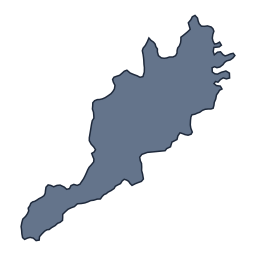 outline of Matozinhos, Minas Gerais, Brazil
{"feature_id": "56859067B16876835077796", "entity_name": "Matozinhos", "entity_type": "district", "adm_level": 2, "iso_a3": "BRA", "parent_name": "Brazil", "parent_adm1": "Minas Gerais", "projection": "albers", "projection_center": [-44.053, -19.531], "detail": "fine", "context": "isolated", "style": "filled", "palette": "slate", "viewbox_px": 256, "rotation_deg": 0, "n_neighbors": 0, "source": "geoboundaries", "source_scale": "gbopen_adm2", "svg_char_len": 3158}
<svg xmlns="http://www.w3.org/2000/svg" viewBox="0 0 256 256"><path d="M188.3,22.8L189.3,26.2L190.2,29.3L187.5,31.9L185.1,33.9L182.9,35.7L180.9,37.2L180.9,40.0L180.5,43.0L179.3,46.0L177.7,48.0L177.1,50.5L177.0,53.1L175.6,55.7L172.9,57.0L169.5,57.0L166.6,58.0L164.2,58.3L161.3,57.9L158.4,55.6L157.4,51.9L157.4,48.9L155.8,46.6L155.1,44.0L153.5,42.1L150.9,40.3L148.9,38.0L147.4,41.6L145.4,45.4L143.1,48.2L142.3,50.7L143.1,54.5L143.5,57.4L143.8,60.4L144.0,64.5L144.4,67.6L144.3,72.1L142.9,76.6L140.0,77.3L137.2,75.8L133.9,74.6L130.1,73.0L126.9,70.2L124.3,71.2L122.2,73.1L119.6,75.3L116.8,76.2L114.0,77.2L112.6,79.4L113.3,82.0L115.0,85.4L114.4,89.0L112.9,91.5L111.0,93.7L108.2,95.7L105.1,97.7L102.3,98.9L99.7,99.5L97.3,99.6L94.6,100.7L92.8,102.8L92.7,105.7L92.4,109.0L93.5,112.2L93.8,115.7L93.9,118.2L92.3,120.6L91.5,124.3L90.9,128.1L90.3,131.8L89.7,135.4L89.3,137.7L89.3,140.7L91.2,144.2L93.8,147.0L95.5,149.7L94.1,152.0L91.7,153.4L92.7,156.2L93.9,159.1L93.7,161.9L91.2,165.0L89.1,167.3L87.7,169.9L86.6,172.5L85.2,175.6L83.5,178.9L81.6,181.7L79.9,184.2L77.2,185.4L73.8,184.4L71.0,185.6L69.5,188.6L66.7,189.3L64.3,187.1L60.1,185.1L56.9,185.4L53.7,186.8L50.7,185.4L48.1,184.9L46.0,187.2L45.5,190.4L45.2,193.3L44.0,195.7L41.5,197.4L38.9,198.7L37.0,200.0L34.8,201.3L32.6,201.9L30.8,203.3L29.9,205.7L28.2,208.1L28.7,210.9L27.4,213.8L25.6,216.4L22.8,219.1L21.9,222.4L21.1,226.6L21.6,230.1L21.9,234.0L22.6,237.6L24.6,239.4L27.4,238.1L30.1,237.4L33.3,238.1L36.1,240.6L39.2,240.1L39.5,236.7L42.0,233.8L44.6,231.2L46.8,229.8L49.2,229.5L51.6,227.6L55.1,225.6L57.6,223.3L60.0,222.4L62.5,220.4L62.7,217.3L62.7,214.3L65.3,211.7L68.1,209.2L71.1,207.8L74.4,206.6L77.4,203.8L81.4,203.5L84.9,202.9L88.0,201.8L90.6,200.6L93.7,200.2L97.2,199.1L100.4,199.0L102.1,196.5L104.0,194.6L106.2,193.7L108.1,192.1L111.2,190.5L114.1,188.5L115.3,186.3L117.4,185.1L120.5,183.6L122.2,180.9L124.2,179.3L126.5,180.0L128.6,181.3L130.1,183.5L132.0,185.4L135.3,183.7L138.1,182.6L141.4,181.4L143.4,179.0L142.6,174.2L141.6,170.5L141.7,167.1L141.5,163.4L140.3,160.8L139.7,157.2L141.8,154.4L145.1,153.2L147.3,152.4L153.7,151.8L165.1,150.7L166.7,148.6L170.5,146.8L171.9,142.1L174.7,140.7L177.0,139.5L177.9,135.8L180.0,132.8L182.8,133.7L185.0,134.6L188.1,135.2L191.1,134.2L192.3,132.1L190.8,128.2L190.3,124.9L190.5,120.5L190.9,117.0L191.9,114.8L194.9,114.2L197.3,113.1L199.7,112.3L202.3,110.4L205.1,109.3L208.0,109.0L210.9,109.0L213.1,108.3L213.9,105.5L214.3,102.3L215.7,99.1L216.5,94.9L218.3,92.4L219.5,90.3L222.0,89.0L220.3,86.1L216.4,85.6L214.0,83.6L215.5,81.5L218.0,82.2L220.5,79.5L223.2,77.9L226.4,78.9L229.6,78.0L229.4,73.1L225.9,71.0L221.5,72.2L217.5,74.1L214.8,73.8L212.3,72.0L212.1,67.8L214.6,66.7L216.9,67.7L219.9,67.0L223.0,64.6L224.5,62.5L226.6,60.9L230.3,59.9L233.0,57.9L234.9,55.5L233.2,53.3L230.5,53.9L227.5,55.2L225.1,55.9L223.0,54.7L220.5,51.8L217.5,52.2L214.3,54.8L213.2,51.5L213.9,47.4L216.3,47.2L219.2,46.9L221.4,45.2L219.6,42.1L216.9,43.6L214.5,44.0L213.0,41.1L212.3,38.2L212.8,34.5L213.9,31.2L212.9,28.7L211.2,27.0L207.5,25.9L204.6,26.3L201.4,26.2L199.1,23.7L198.1,20.9L197.5,18.1L195.0,15.4L192.3,16.8L190.9,19.7L188.3,22.8Z" fill="#64748b" stroke="#1e293b" stroke-width="1.5"/></svg>